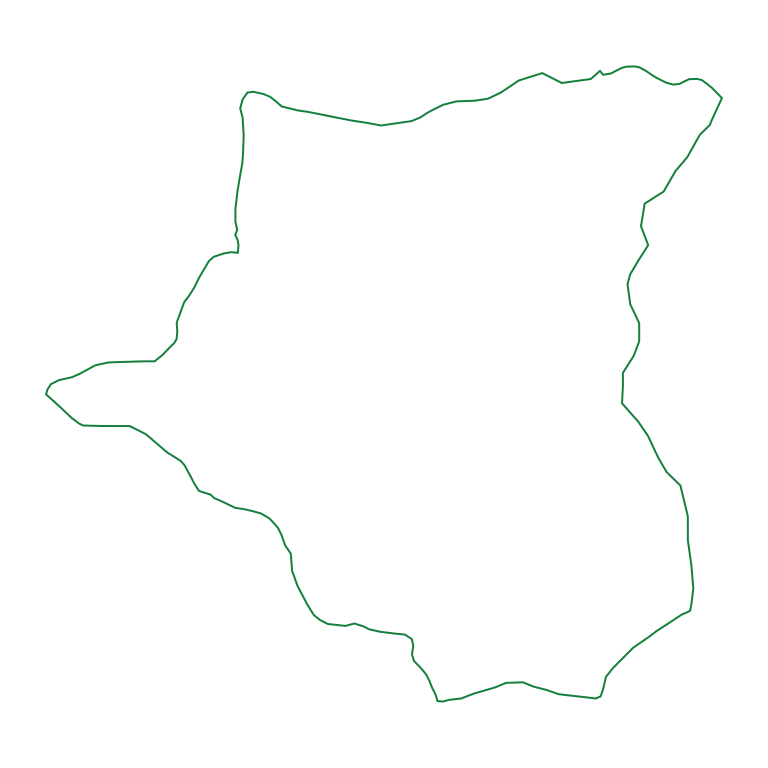 the district of Kikorthang, Chirang, Bhutan
{"feature_id": "84629894B27564623470868", "entity_name": "Kikorthang", "entity_type": "district", "adm_level": 2, "iso_a3": "BTN", "parent_name": "Bhutan", "parent_adm1": "Chirang", "projection": "albers", "projection_center": [90.136, 27.002], "detail": "fine", "context": "isolated", "style": "outline", "palette": "green", "viewbox_px": 768, "rotation_deg": 0, "n_neighbors": 0, "source": "geoboundaries", "source_scale": "gbopen_adm2", "svg_char_len": 2507}
<svg xmlns="http://www.w3.org/2000/svg" viewBox="0 0 768 768"><path d="M690.1,610.7L691.5,603.7L693.3,588.5L691.4,565.4L687.9,540.5L687.8,516.1L680.4,485.5L666.7,472.2L658.3,457.8L648.0,435.9L638.2,421.6L622.0,403.3L622.9,386.7L622.9,372.9L633.8,355.7L639.2,341.2L639.2,323.1L630.2,304.1L629.5,298.5L627.5,284.1L630.2,274.3L638.5,260.3L641.6,255.5L648.2,245.2L641.0,226.2L644.7,203.6L663.7,191.5L675.4,171.2L687.3,157.1L699.8,134.8L709.9,124.9L711.8,120.0L721.9,98.1L718.2,94.2L712.0,87.9L707.5,84.3L701.9,80.1L697.1,78.9L689.0,79.2L684.0,81.6L679.5,83.9L673.6,84.6L666.4,82.8L655.1,77.1L645.0,70.3L639.0,67.2L634.2,66.4L626.2,66.7L621.6,68.0L610.8,73.5L603.0,74.8L600.0,70.9L590.8,79.0L561.8,83.0L542.3,73.1L526.7,78.0L518.8,80.5L501.0,92.5L496.2,94.8L488.0,98.7L475.0,100.7L456.4,101.4L443.4,104.7L430.8,110.9L426.9,113.1L420.3,117.5L411.5,121.1L381.0,125.5L369.2,123.3L364.7,122.5L352.1,120.6L335.1,117.3L307.6,111.8L298.0,110.5L289.3,108.3L281.6,106.4L276.1,101.5L270.1,96.8L263.4,94.0L253.4,91.8L247.5,92.5L242.7,99.3L240.2,108.3L242.6,117.5L243.7,135.4L243.0,154.1L242.3,163.4L240.1,175.5L237.6,190.5L235.4,208.8L235.4,221.7L237.2,229.9L235.3,234.9L237.7,240.2L238.5,245.5L237.8,252.8L231.0,252.2L223.7,253.5L213.7,256.8L208.8,261.2L199.2,277.5L194.3,287.5L188.6,296.4L184.3,301.9L178.9,316.6L176.7,322.5L177.3,331.8L176.6,339.0L174.4,342.8L169.7,347.5L162.1,355.3L158.1,358.5L154.7,361.3L143.5,361.3L108.7,362.4L95.3,365.3L79.1,374.1L71.7,377.3L59.0,380.1L51.0,384.1L47.5,389.4L46.1,394.4L60.4,407.3L71.5,417.8L79.2,423.6L83.1,425.5L101.1,426.0L129.8,426.1L138.4,430.4L145.9,434.2L167.1,452.4L180.7,460.9L184.5,465.2L191.3,477.7L194.4,483.8L198.9,490.8L203.4,492.4L210.6,494.6L214.0,498.0L220.9,501.0L235.4,507.9L244.4,509.2L253.3,511.3L261.0,513.5L269.1,518.2L274.6,523.9L278.1,528.1L281.5,535.0L285.3,545.7L290.8,553.7L292.1,570.8L297.5,585.9L307.4,604.7L313.8,615.0L319.8,619.9L327.8,624.0L345.4,625.9L354.3,623.5L363.3,626.3L369.1,629.3L380.4,631.8L394.9,633.6L405.0,634.6L411.8,639.1L413.3,645.9L412.0,654.3L413.9,660.9L421.3,668.5L426.3,674.7L429.3,680.7L431.9,687.2L435.6,694.7L437.5,701.0L442.4,701.6L449.3,699.8L461.1,698.5L474.2,693.5L483.9,690.7L495.4,687.3L506.0,682.9L522.8,682.3L533.9,686.7L546.4,689.9L558.8,694.2L565.5,695.0L575.1,696.1L587.8,697.5L595.7,698.5L600.7,696.3L603.3,688.5L606.0,676.8L613.0,668.0L632.9,648.0L638.1,644.3L649.7,636.3L656.2,631.3L661.5,627.8L667.5,624.0L677.8,617.2L681.8,614.5L685.7,613.0L690.1,610.7Z" fill="none" stroke="#15803d" stroke-width="2"/></svg>